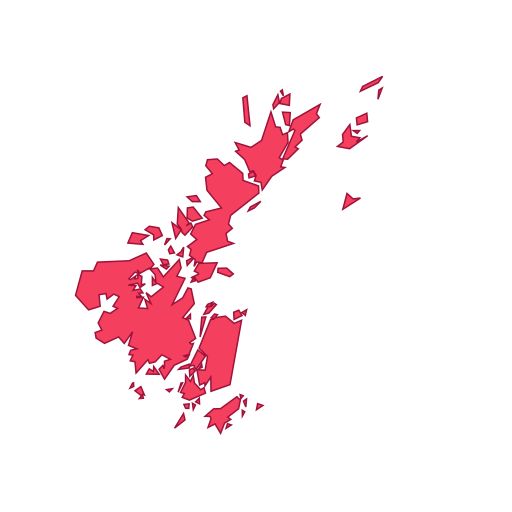 the district of Kota Batam, Kepulauan Riau, Indonesia, rotated 249°
{"feature_id": "22746128B16651418017337", "entity_name": "Kota Batam", "entity_type": "district", "adm_level": 2, "iso_a3": "IDN", "parent_name": "Indonesia", "parent_adm1": "Kepulauan Riau", "projection": "albers", "projection_center": [104.04, 0.834], "detail": "fine", "context": "isolated", "style": "filled", "palette": "rose", "viewbox_px": 512, "rotation_deg": 249, "n_neighbors": 0, "source": "geoboundaries", "source_scale": "gbopen_adm2", "svg_char_len": 6207}
<svg xmlns="http://www.w3.org/2000/svg" viewBox="0 0 512 512"><g transform="rotate(249 256 256)"><path d="M240.6,160.3L260.6,181.7L265.4,174.8L271.7,181.8L280.2,183.1L269.7,162.0L280.0,159.8L282.0,152.5L284.8,157.7L298.1,154.6L297.0,135.9L307.1,105.8L300.3,99.0L304.4,88.4L283.9,73.4L265.7,80.4L264.9,92.5L276.1,95.6L274.7,102.5L269.1,101.5L271.4,109.5L267.1,113.7L260.3,104.5L256.7,108.0L254.7,99.2L258.8,94.3L250.1,84.7L242.0,85.5L242.2,78.4L236.7,77.3L228.7,83.3L229.7,98.7L221.6,101.7L229.5,113.6L218.2,104.9L212.0,111.5L212.9,105.2L209.5,102.1L207.6,105.6L203.2,101.0L200.7,105.1L189.7,102.1L197.9,117.9L194.0,118.1L193.3,123.9L197.5,132.7L190.2,139.1L190.6,132.9L183.6,130.0L187.2,129.7L185.0,124.9L173.8,126.5L183.3,140.5L184.3,154.8L187.3,157.9L186.9,154.1L188.6,153.0L188.1,158.2L196.8,166.2L196.9,164.0L198.9,163.0L200.7,170.1L220.2,170.0L224.7,165.5L233.6,181.3L248.5,183.7L250.6,181.0L243.2,172.6L240.6,160.3ZM249.6,127.7L257.9,136.1L259.7,129.9L261.1,130.2L258.9,134.7L263.4,133.1L262.1,137.2L266.7,136.1L267.9,128.9L271.3,133.2L274.6,126.3L273.0,135.7L268.1,136.4L269.7,142.7L270.3,138.6L277.9,142.2L280.9,139.0L277.5,137.7L278.1,134.6L280.6,137.0L278.9,130.4L280.3,129.1L284.3,137.2L281.8,140.3L285.7,140.1L281.4,141.6L282.9,152.0L274.8,155.1L266.9,153.1L273.2,151.6L265.6,148.7L265.8,154.2L260.2,158.4L255.5,143.5L261.2,140.3L249.3,140.9L255.4,136.7L245.8,136.0L249.6,127.7ZM289.4,195.4L285.3,197.7L280.4,194.1L274.3,198.0L268.5,194.5L271.7,198.6L268.9,203.1L277.1,211.2L275.8,239.5L279.9,234.8L287.8,236.1L290.3,243.8L295.7,241.8L303.0,246.9L313.7,281.2L320.5,283.5L331.2,271.0L337.9,273.2L352.8,264.8L351.8,258.8L360.4,254.7L363.3,245.2L358.3,241.5L348.4,244.7L347.6,237.1L334.9,233.8L313.2,241.0L315.2,225.0L312.6,222.1L306.5,225.4L307.2,210.9L299.9,202.9L292.6,206.6L289.4,195.4ZM170.9,160.1L155.7,157.1L156.1,162.7L153.0,161.8L159.2,170.4L145.8,165.5L145.2,185.6L201.2,219.5L200.9,211.5L210.8,205.9L213.1,195.6L212.2,193.8L212.9,190.8L190.4,169.8L179.6,174.7L167.7,167.6L170.9,160.1ZM361.1,274.5L350.1,280.0L336.4,280.5L336.7,283.6L336.1,284.2L331.0,284.9L326.7,281.4L323.0,287.0L315.4,285.5L324.8,299.3L328.3,314.7L330.4,311.0L335.7,315.7L339.5,312.9L350.5,326.6L359.9,329.5L359.7,324.3L367.5,324.6L369.5,320.6L385.2,321.6L361.9,302.6L359.2,290.3L369.4,277.2L361.0,278.3L361.1,274.5ZM337.2,315.8L335.0,320.2L340.9,333.9L343.8,331.5L347.6,340.5L353.9,341.1L362.5,364.7L367.0,363.3L374.6,370.2L369.8,339.5L360.3,331.2L361.1,336.5L359.2,337.3L337.2,315.8ZM120.2,155.7L113.1,149.7L113.9,157.6L103.1,159.4L111.3,166.8L112.5,173.9L115.7,171.9L119.6,185.0L127.7,190.1L129.1,188.6L131.5,187.8L126.2,168.2L128.5,161.6L124.6,151.0L122.7,155.7L120.2,155.7ZM153.3,139.9L150.5,136.4L145.3,142.2L146.1,159.7L151.7,160.2L151.0,156.4L159.6,153.0L166.9,154.6L162.4,149.8L170.1,147.6L163.2,144.9L155.6,136.6L153.3,139.9ZM259.6,195.7L259.0,187.4L258.4,190.8L252.3,192.6L252.1,205.5L263.6,217.3L269.6,199.9L264.0,193.0L260.7,196.0L259.6,195.7ZM329.1,371.3L322.6,381.8L328.3,403.4L326.4,390.6L329.2,395.3L333.6,388.0L345.1,390.7L338.4,380.3L331.2,378.3L329.1,371.3ZM313.9,193.9L308.3,195.8L304.4,195.4L300.9,197.1L305.8,207.3L310.1,207.0L309.2,201.7L310.8,205.4L329.0,200.8L313.9,193.9ZM314.0,141.0L307.4,154.6L311.7,153.7L313.6,163.1L322.1,148.9L314.0,141.0ZM325.5,209.2L316.2,205.3L311.3,209.2L310.6,219.3L324.2,214.9L325.5,209.2ZM320.3,161.9L312.4,168.0L307.6,166.3L308.7,175.9L317.1,175.4L322.0,167.1L320.3,161.9ZM189.2,168.1L176.9,154.7L176.3,158.7L171.4,159.2L180.6,172.8L189.2,168.1ZM384.9,293.5L379.8,297.1L408.9,305.0L408.4,300.4L384.9,293.5ZM281.8,363.4L268.5,353.8L272.7,374.3L274.5,367.1L281.8,363.4ZM380.8,332.3L368.0,330.8L365.8,333.9L377.6,339.4L380.8,332.3ZM317.2,189.5L301.2,187.3L307.3,195.6L317.2,189.5ZM342.2,397.4L341.4,408.3L349.6,410.6L348.9,399.2L342.2,397.4ZM134.9,131.9L124.5,118.3L128.4,130.9L134.9,131.9ZM218.3,183.4L200.5,174.8L217.1,187.3L218.3,183.4ZM389.8,332.9L384.7,341.1L395.1,345.7L393.9,336.1L389.8,332.9ZM372.4,412.5L374.0,432.2L378.3,438.6L376.1,416.4L372.4,412.5ZM254.5,214.4L246.1,224.1L247.4,228.4L255.2,224.3L258.1,216.2L254.5,214.4ZM335.9,212.9L329.6,216.0L326.7,223.5L333.8,222.0L335.9,212.9ZM204.6,212.8L205.4,221.6L211.6,220.5L211.5,215.0L204.6,212.8ZM173.6,94.7L167.0,98.7L167.5,100.6L166.2,102.0L175.3,101.7L173.6,94.7ZM220.2,186.4L219.6,191.5L224.8,201.6L227.0,200.0L225.0,196.5L225.7,192.8L220.2,186.4ZM387.1,325.2L390.9,332.9L398.7,334.2L391.2,326.0L387.1,325.2ZM188.9,115.9L185.1,111.3L180.2,123.3L189.5,120.9L185.0,118.9L188.9,115.9ZM285.4,182.6L281.4,187.3L290.2,191.7L286.7,187.2L285.4,182.6ZM287.4,165.7L281.2,166.3L279.7,171.8L283.9,172.0L287.4,165.7ZM177.9,143.2L175.3,153.8L179.0,154.7L179.2,146.2L177.9,143.2ZM331.4,277.5L330.9,284.4L336.2,283.8L335.2,278.4L331.4,277.5ZM164.3,140.5L156.8,134.5L163.9,142.0L164.3,140.5ZM167.4,151.1L170.3,157.7L173.8,157.3L173.5,153.0L167.4,151.1ZM289.0,176.3L288.1,181.0L295.8,180.0L293.2,176.4L289.0,176.3ZM282.0,163.3L275.9,167.6L277.6,171.2L282.0,163.3ZM305.3,280.1L303.8,268.3L300.8,264.9L301.5,271.8L305.3,280.1ZM366.9,430.1L358.6,426.0L367.6,434.0L366.9,430.1ZM225.2,173.9L223.0,169.0L220.7,172.3L225.2,173.9ZM271.8,188.4L275.6,195.8L277.1,195.4L276.4,189.5L271.8,188.4ZM143.6,152.1L141.5,147.4L138.2,150.3L143.6,152.1ZM117.6,204.6L112.3,201.3L114.0,208.9L117.6,204.6ZM336.0,397.7L338.2,391.8L334.2,394.4L336.0,397.7ZM143.3,135.5L139.1,135.7L137.8,138.6L141.9,140.6L143.3,135.5ZM214.4,192.0L212.4,194.2L215.0,199.0L216.7,196.5L214.4,192.0ZM208.3,222.6L204.4,224.7L209.2,228.0L208.3,222.6ZM125.0,192.3L118.7,192.4L125.9,195.9L125.0,192.3ZM109.7,169.3L105.9,166.3L107.1,172.4L109.7,169.3ZM141.3,143.9L135.1,142.4L138.6,146.1L141.3,143.9ZM162.1,130.3L163.3,124.6L160.2,126.4L162.1,130.3ZM116.9,187.9L111.4,185.9L114.6,189.7L116.9,187.9ZM401.1,337.9L395.7,339.0L401.7,340.1L401.1,337.9ZM163.6,99.9L167.2,100.2L164.7,96.0L163.6,99.9ZM258.3,190.0L254.9,186.1L254.6,190.3L258.3,190.0ZM132.3,191.5L128.3,190.7L130.1,194.0L132.3,191.5ZM177.8,91.0L178.0,95.1L181.5,96.2L181.6,95.2L177.8,91.0ZM304.2,179.1L299.1,174.6L302.8,182.0L304.2,179.1ZM226.5,191.3L225.4,195.4L228.3,198.8L228.2,193.6L226.5,191.3ZM171.4,165.8L174.4,166.5L171.3,162.3L171.4,165.8Z" fill="#f43f5e" stroke="#9f1239" stroke-width="1.5"/></g></svg>